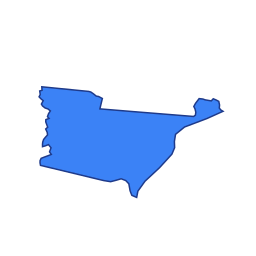 outline of São Roberto, Maranhão, Brazil, rotated 160°
{"feature_id": "56859067B29167926577350", "entity_name": "São Roberto", "entity_type": "district", "adm_level": 2, "iso_a3": "BRA", "parent_name": "Brazil", "parent_adm1": "Maranhão", "projection": "albers", "projection_center": [-45.033, -5.022], "detail": "fine", "context": "isolated", "style": "filled", "palette": "blue", "viewbox_px": 256, "rotation_deg": 160, "n_neighbors": 0, "source": "geoboundaries", "source_scale": "gbopen_adm2", "svg_char_len": 1150}
<svg xmlns="http://www.w3.org/2000/svg" viewBox="0 0 256 256"><g transform="rotate(160 128 128)"><path d="M220.0,129.2L221.8,127.4L222.6,125.3L223.0,122.8L174.7,90.8L168.8,86.9L162.7,83.5L157.6,83.0L151.8,82.6L148.1,79.4L146.3,75.3L147.5,68.4L147.5,66.0L147.4,63.4L143.6,59.8L140.3,65.3L130.2,72.2L112.0,79.9L95.7,88.4L90.9,93.6L89.0,99.5L85.5,105.8L74.5,109.6L50.5,109.9L33.0,111.2L34.6,113.2L35.4,115.5L34.1,118.3L33.6,122.0L35.8,124.4L37.9,126.3L40.5,125.0L45.9,128.1L47.7,129.6L51.1,131.3L56.1,128.1L58.8,125.7L58.5,123.1L58.9,119.6L60.3,117.0L62.4,116.4L73.1,121.3L114.4,140.2L147.9,155.6L142.0,164.5L144.9,167.7L146.9,168.8L148.7,171.8L150.6,174.5L152.4,175.8L194.9,196.2L195.9,192.8L198.3,193.0L199.0,189.5L200.9,187.7L199.7,184.9L198.3,182.7L201.2,180.1L200.8,178.0L199.1,175.2L196.7,173.3L195.1,170.6L197.7,168.7L199.8,166.2L198.9,164.0L202.3,164.0L203.2,161.9L203.2,159.7L203.2,156.2L205.7,155.2L205.4,151.5L206.0,149.0L208.7,147.6L211.2,146.1L212.9,144.0L213.9,142.0L214.7,139.7L211.7,139.5L208.4,139.6L207.1,135.7L209.9,132.4L209.1,129.4L212.3,129.3L216.2,129.3L220.0,129.2Z" fill="#3b82f6" stroke="#1e3a8a" stroke-width="1.5"/></g></svg>